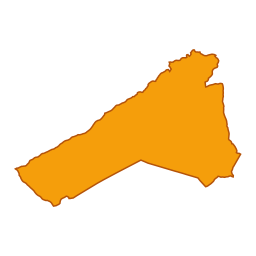 Santaluz, Bahia, Brazil (Albers equal-area conic projection)
{"feature_id": "56859067B88136569258603", "entity_name": "Santaluz", "entity_type": "district", "adm_level": 2, "iso_a3": "BRA", "parent_name": "Brazil", "parent_adm1": "Bahia", "projection": "albers", "projection_center": [-39.492, -11.198], "detail": "fine", "context": "isolated", "style": "filled", "palette": "amber", "viewbox_px": 256, "rotation_deg": 0, "n_neighbors": 0, "source": "geoboundaries", "source_scale": "gbopen_adm2", "svg_char_len": 4605}
<svg xmlns="http://www.w3.org/2000/svg" viewBox="0 0 256 256"><path d="M215.8,55.3L214.5,54.6L213.0,54.3L212.0,54.2L211.0,54.4L209.7,54.7L208.1,55.1L206.8,55.7L205.5,55.7L204.4,55.6L203.0,54.9L202.1,54.3L201.1,53.9L200.3,53.2L199.9,52.0L198.8,52.2L197.4,52.0L195.9,52.0L194.7,51.1L194.4,50.0L193.2,49.9L192.2,50.7L191.4,51.9L190.6,52.8L191.1,54.0L190.4,55.2L189.5,56.2L188.6,55.6L187.9,54.6L186.7,54.9L186.5,55.9L186.8,57.3L185.8,57.8L184.1,57.7L182.5,57.8L181.2,58.5L180.6,59.6L179.9,60.3L178.9,60.5L177.8,60.5L176.8,60.3L175.7,60.4L174.5,61.0L173.2,62.0L171.5,62.3L170.3,62.0L169.2,62.2L169.8,63.9L169.3,64.9L169.0,66.0L169.9,66.9L170.5,68.1L171.2,69.1L170.4,70.4L169.7,71.5L168.4,69.6L167.2,69.7L166.2,70.0L165.5,71.0L164.5,71.6L163.6,72.1L162.6,72.7L161.5,73.0L160.5,73.8L159.8,74.8L158.5,76.3L158.1,77.2L157.4,78.0L156.9,79.1L156.1,80.0L155.6,81.3L154.2,81.3L153.0,81.0L151.5,81.5L150.0,82.6L148.9,83.4L148.1,84.5L148.2,85.7L147.4,86.6L146.9,87.7L145.7,88.7L145.0,89.9L144.0,90.6L142.7,92.3L141.6,92.3L140.3,91.9L138.9,92.0L137.5,92.7L137.0,94.4L135.4,95.3L134.3,96.6L132.8,96.6L131.9,97.5L130.7,98.2L129.6,98.6L128.3,99.1L127.2,99.6L126.4,100.8L124.9,102.1L123.5,102.7L122.1,103.1L121.0,103.8L120.0,104.3L119.1,104.9L117.7,105.1L116.5,105.3L115.5,106.1L114.5,107.4L113.7,108.1L112.9,109.0L111.9,110.0L110.7,110.8L108.8,111.6L107.5,112.2L106.2,112.8L104.8,113.2L104.7,114.2L104.3,115.1L103.5,116.0L102.7,117.1L101.9,118.1L101.1,118.9L100.1,119.8L99.0,120.2L97.7,120.5L96.1,121.4L95.0,122.5L94.2,123.7L93.4,124.7L92.7,126.0L91.8,127.2L91.0,128.3L90.1,129.4L89.3,130.0L88.5,130.7L87.2,131.6L86.1,132.6L84.6,133.4L83.1,133.7L81.6,134.3L79.7,134.8L78.0,134.7L76.8,135.5L75.3,136.1L73.9,136.6L72.2,137.0L71.0,137.9L70.4,138.7L69.5,139.3L68.4,139.9L67.1,140.3L66.1,140.5L64.6,141.1L63.2,142.1L62.2,143.0L61.1,143.6L59.9,144.5L58.9,145.7L57.2,147.1L55.8,147.6L54.4,148.7L53.2,149.2L52.0,149.4L50.6,150.1L49.2,150.8L48.3,151.3L47.4,151.8L46.4,152.1L45.1,152.8L43.7,153.4L42.4,153.5L41.2,154.2L40.3,155.2L39.4,155.9L38.1,156.9L36.9,157.2L35.8,157.3L34.7,157.7L33.5,158.6L32.6,159.4L31.4,159.8L30.0,160.5L29.4,161.5L28.9,162.8L27.4,164.2L26.4,165.4L25.3,166.0L24.0,166.1L22.7,166.3L21.4,166.4L20.5,166.9L19.3,167.4L18.2,168.1L16.9,168.1L15.4,168.9L16.4,169.6L17.4,170.2L18.1,171.4L18.5,172.3L19.1,173.5L19.2,175.4L20.1,176.4L20.7,177.5L21.0,178.6L21.7,179.7L22.1,180.5L23.0,181.5L23.9,182.1L25.1,182.7L26.3,183.5L27.3,184.8L28.8,186.0L29.7,186.9L30.8,188.0L31.9,188.9L32.7,189.7L33.7,190.5L34.6,191.9L35.7,193.3L36.6,194.3L38.3,195.6L39.7,196.2L41.0,197.3L41.9,198.6L43.1,199.5L44.7,200.1L45.9,200.5L47.3,200.4L48.6,201.0L50.0,201.6L51.3,202.7L52.0,203.8L53.5,206.1L54.8,205.9L56.3,205.6L57.3,205.0L58.7,204.4L59.9,203.4L60.1,201.9L60.5,200.3L61.3,199.0L62.5,198.3L64.0,197.6L64.9,197.2L65.7,196.5L66.7,196.2L67.7,196.7L68.7,197.4L69.0,198.5L70.1,198.5L71.6,198.2L73.2,198.0L76.9,195.6L97.4,183.2L104.0,179.5L117.3,172.4L126.7,167.5L140.9,160.1L144.5,161.6L147.9,163.1L160.4,166.8L175.5,171.3L178.1,172.0L179.7,172.5L181.2,172.9L182.5,173.3L184.2,173.8L185.7,174.3L197.9,177.9L200.1,180.7L205.6,186.7L206.8,186.4L208.1,185.7L209.3,184.8L210.5,184.0L211.5,183.2L212.3,182.4L213.1,181.7L213.9,180.7L214.4,179.5L215.8,178.3L217.0,177.5L218.1,176.3L219.8,176.7L220.9,177.2L222.2,177.0L223.2,177.1L224.7,177.3L225.7,177.0L226.9,176.8L227.9,176.8L229.1,176.2L230.9,175.9L232.2,176.7L233.2,176.9L233.3,175.5L232.1,174.0L231.7,172.6L231.5,171.1L232.2,170.0L232.6,168.9L232.9,167.4L233.5,166.6L240.6,154.2L239.3,153.4L237.7,153.3L236.4,152.6L236.9,150.9L236.5,149.7L236.1,148.7L235.6,147.8L235.1,146.8L234.2,145.5L232.9,143.9L231.8,143.7L231.6,142.5L231.0,141.4L230.1,140.6L229.1,139.9L228.6,139.0L229.1,133.9L228.9,132.5L228.6,131.5L228.3,130.3L228.0,129.3L227.8,127.7L226.9,126.3L226.9,125.3L227.1,124.3L226.8,122.8L226.6,121.0L226.0,119.2L225.2,117.4L224.7,116.1L224.3,115.1L224.0,114.0L223.6,112.8L223.6,111.2L223.7,109.3L223.6,107.5L223.9,106.3L223.5,104.7L223.0,103.1L222.5,101.7L222.6,100.7L222.8,99.4L222.9,98.0L223.3,96.6L223.2,95.2L223.1,94.1L223.3,93.1L223.2,91.9L223.1,90.4L223.3,89.3L223.3,88.1L223.1,86.6L222.8,85.1L222.3,83.8L220.9,83.4L219.6,83.5L218.1,84.1L216.8,83.9L215.4,83.7L214.5,84.0L213.1,84.5L211.7,84.8L210.6,85.0L209.5,85.3L208.3,85.9L206.9,86.7L205.7,86.9L205.1,82.2L206.1,81.6L207.4,81.1L208.3,79.8L208.5,78.2L209.5,77.5L210.9,76.2L211.7,75.3L212.4,74.0L212.3,72.6L212.3,71.1L213.0,69.5L214.5,68.3L216.1,67.7L217.1,67.3L217.7,66.1L217.2,64.2L218.3,62.3L218.7,60.8L218.0,59.2L217.2,58.2L216.1,57.7L215.6,56.8L214.9,56.1L215.8,55.3Z" fill="#f59e0b" stroke="#b45309" stroke-width="1.5"/></svg>